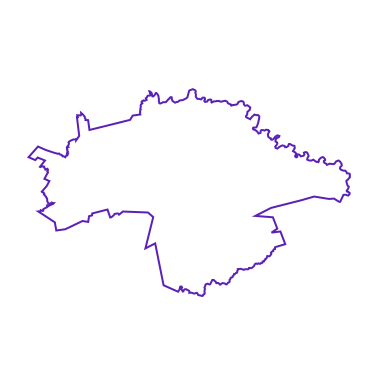 outline of Concordia, Sinaloa, Mexico, rotated 84°
{"feature_id": "50627088B76854514222016", "entity_name": "Concordia", "entity_type": "district", "adm_level": 2, "iso_a3": "MEX", "parent_name": "Mexico", "parent_adm1": "Sinaloa", "projection": "natural_earth1", "projection_center": [-106.025, 23.421], "detail": "fine", "context": "isolated", "style": "outline", "palette": "violet", "viewbox_px": 384, "rotation_deg": 84, "n_neighbors": 0, "source": "geoboundaries", "source_scale": "gbopen_adm2", "svg_char_len": 6017}
<svg xmlns="http://www.w3.org/2000/svg" viewBox="0 0 384 384"><g transform="rotate(84 192 192)"><path d="M260.6,119.8L259.6,118.7L259.3,117.4L258.5,117.4L257.5,116.4L257.2,116.0L257.3,115.4L256.0,115.3L255.5,114.9L253.6,104.7L240.5,108.2L240.7,117.2L237.4,111.0L225.6,114.2L222.4,131.5L216.1,115.1L211.6,84.0L209.3,71.0L213.2,56.6L213.4,51.5L217.2,46.6L217.2,45.6L210.7,41.7L210.7,39.7L211.9,37.1L210.6,35.5L209.3,35.4L208.9,36.1L208.2,36.4L208.0,37.5L207.4,38.0L206.8,38.0L205.0,36.3L203.0,35.5L202.2,36.4L201.2,36.8L197.7,37.4L196.9,37.2L196.0,35.7L193.6,33.3L192.5,33.5L191.4,33.1L190.6,33.2L190.1,33.7L189.6,36.0L188.0,36.4L186.8,37.4L186.5,39.5L185.2,41.8L184.1,42.4L182.6,41.9L181.7,40.6L181.0,40.2L179.2,40.5L177.3,41.5L176.0,42.9L176.6,45.4L178.8,47.4L179.0,49.0L178.2,52.2L179.1,55.0L177.7,55.8L176.8,57.3L176.0,57.8L174.8,57.5L174.3,56.3L173.4,56.2L171.6,57.3L170.9,58.2L171.4,60.1L172.6,61.8L173.7,62.7L174.9,62.7L175.5,63.3L175.2,63.8L175.1,65.0L174.7,65.6L172.5,68.0L173.2,69.8L173.0,72.0L171.8,74.1L169.9,73.5L168.6,72.3L167.7,72.4L164.9,73.3L164.1,74.8L164.6,76.6L166.6,76.3L167.6,77.3L167.9,80.1L166.2,81.2L165.8,82.3L166.5,83.6L168.1,83.7L168.4,84.3L168.2,85.0L167.8,85.5L166.9,85.7L164.9,84.1L164.3,84.8L163.6,85.0L161.9,87.3L159.1,85.2L156.8,85.3L156.2,87.3L154.4,89.7L154.5,90.7L156.2,91.4L157.3,93.3L157.2,94.7L155.9,95.1L155.1,97.3L156.1,100.0L157.7,102.5L157.0,104.2L155.5,104.5L154.3,103.1L152.7,102.1L151.6,102.2L150.6,103.7L149.9,103.7L147.6,102.7L146.4,99.8L145.5,99.2L144.9,100.1L144.7,101.4L145.6,103.3L147.7,105.3L148.3,106.3L148.3,107.7L147.8,108.1L146.9,108.0L146.3,109.2L145.0,110.4L142.4,110.5L139.7,108.7L139.3,108.8L139.2,109.4L138.3,109.7L137.8,111.9L138.5,113.3L137.8,115.1L137.7,116.4L138.2,117.2L140.4,117.7L140.8,119.7L138.7,120.8L137.1,122.5L136.2,124.5L135.1,124.8L134.4,124.4L134.5,121.5L133.8,120.7L130.0,118.9L124.7,117.2L123.8,117.2L122.5,118.1L122.3,120.1L121.5,121.8L123.9,125.0L125.7,126.5L123.3,130.3L122.2,130.4L120.8,129.1L117.9,128.4L116.5,126.1L114.0,125.2L111.5,127.8L111.8,129.6L111.5,130.5L110.2,131.2L108.3,131.2L107.4,131.7L106.7,133.3L106.8,134.4L107.4,136.4L109.2,137.6L109.7,138.5L109.8,141.7L110.2,143.8L110.0,144.1L109.3,143.8L107.6,146.9L105.9,147.5L104.7,149.4L105.2,153.6L104.9,154.8L104.2,155.7L104.3,156.8L104.0,157.7L104.3,158.7L104.2,160.9L105.1,163.0L104.8,163.3L102.4,163.2L101.9,164.0L102.1,166.2L103.6,167.4L103.8,169.5L102.7,170.3L101.2,169.4L100.0,169.4L99.5,169.8L99.3,171.5L100.9,173.3L100.1,175.3L99.9,177.0L97.6,178.3L95.5,177.9L93.7,178.3L92.4,177.7L91.9,177.8L91.1,178.3L89.8,180.5L90.7,183.7L91.1,184.3L97.4,186.7L98.4,188.2L99.6,191.6L99.7,194.9L100.6,196.1L100.9,196.9L100.8,197.7L101.4,199.5L99.5,201.8L97.3,202.4L95.7,202.3L95.4,203.1L96.0,204.3L96.9,204.9L97.2,205.6L99.9,208.6L99.7,211.5L100.6,213.6L100.6,214.7L100.3,215.2L97.7,215.5L96.7,215.2L92.7,215.4L90.5,216.5L89.8,217.2L89.8,217.7L91.7,219.0L92.8,220.4L92.8,221.3L89.1,221.9L87.8,223.1L87.5,223.8L91.6,223.0L91.7,226.1L93.7,227.4L93.9,228.1L95.6,227.5L96.3,229.6L95.8,230.4L96.3,231.2L96.2,231.9L96.8,232.1L97.3,232.8L98.6,232.1L99.7,233.7L100.4,234.0L102.6,234.1L104.0,234.8L104.7,234.4L106.0,235.2L107.4,235.2L108.0,235.5L109.5,235.3L109.8,243.0L113.8,246.0L119.6,287.5L109.7,287.8L109.3,290.4L108.3,290.2L107.1,290.8L106.0,290.8L103.5,292.4L101.8,294.0L103.3,294.0L104.2,294.7L103.7,298.1L105.6,297.7L105.5,298.6L124.4,298.3L128.5,301.8L127.2,301.7L127.5,302.9L127.4,304.8L128.3,307.4L129.3,309.3L129.8,309.6L131.0,309.3L132.1,309.7L133.5,311.0L134.4,310.3L134.6,311.0L134.3,311.5L134.7,311.8L135.5,311.6L136.2,311.9L137.0,311.4L138.0,311.8L139.2,311.1L139.5,311.7L140.2,311.6L140.4,312.3L141.0,312.3L141.3,311.5L142.6,312.2L142.6,312.5L142.1,312.8L144.2,314.4L142.9,316.1L143.0,317.0L141.5,317.8L141.0,319.2L139.9,320.1L139.8,320.9L140.0,321.4L138.6,325.0L134.9,333.1L130.7,340.4L140.3,350.9L143.9,344.5L141.6,341.9L145.3,334.9L151.1,340.6L151.4,340.2L151.3,339.7L150.7,339.3L150.6,338.6L151.2,336.7L151.6,337.1L153.1,335.8L154.4,335.5L153.8,333.4L154.5,333.0L155.0,333.6L155.8,333.1L156.6,333.8L157.7,333.2L158.4,333.9L163.5,337.4L166.2,332.7L170.8,335.8L176.0,341.4L176.5,341.1L177.1,339.6L178.1,339.5L178.3,339.0L179.1,339.0L179.3,339.3L181.4,337.6L182.2,337.6L183.3,336.8L186.1,336.9L188.5,336.0L188.6,334.8L189.0,334.2L188.7,334.0L187.8,332.6L188.1,331.8L188.5,331.3L188.6,330.6L189.4,331.5L190.2,334.5L191.1,336.4L190.3,336.8L190.1,337.4L192.0,337.9L193.4,341.5L194.0,341.9L195.0,341.9L195.2,342.7L194.3,344.4L195.8,345.0L195.3,345.8L195.3,346.9L207.8,331.6L216.1,331.0L215.8,322.0L209.4,303.9L210.9,298.4L205.3,296.9L204.8,293.8L202.9,293.5L200.6,277.9L208.8,276.0L208.7,275.1L208.3,274.2L206.9,272.2L205.7,271.3L205.5,268.6L205.9,267.4L206.9,266.9L204.2,262.7L207.8,237.9L212.9,233.2L243.2,244.2L239.3,234.0L281.8,230.0L289.7,216.3L287.7,214.6L285.1,213.7L284.8,213.3L284.9,212.4L285.8,211.8L286.5,212.3L287.7,212.6L290.0,211.6L290.0,211.0L288.8,210.5L288.0,209.3L288.0,208.2L290.0,205.2L290.8,204.9L292.0,205.2L292.1,202.8L292.8,201.7L293.3,200.0L292.7,198.0L293.1,197.4L295.1,196.6L296.5,192.5L296.1,191.9L295.2,191.5L294.9,190.4L293.9,189.9L291.9,190.0L290.0,189.3L288.2,189.6L287.0,188.6L285.7,188.4L285.2,187.8L284.8,186.1L285.7,184.5L285.7,183.6L281.6,181.0L281.8,179.5L282.9,178.8L283.6,177.8L285.0,177.5L285.3,177.0L285.1,176.0L285.3,175.2L287.1,173.8L287.0,173.2L286.3,172.6L285.8,171.0L286.3,169.2L287.5,167.6L287.5,167.2L286.0,165.7L285.8,164.8L285.1,163.9L283.4,163.9L282.6,163.0L281.4,162.5L281.0,160.7L280.0,160.4L279.4,159.4L277.9,158.7L278.1,158.0L277.1,156.7L276.9,155.6L275.0,155.1L274.6,154.6L273.5,154.6L273.5,151.6L274.8,148.6L274.5,148.3L274.4,146.8L274.7,144.5L274.5,143.7L273.6,143.4L273.5,142.4L273.9,141.0L273.3,139.6L271.9,137.9L270.7,137.3L270.0,136.5L269.9,135.6L270.4,134.7L269.9,133.4L270.6,132.0L270.0,131.3L270.1,130.2L269.5,129.2L268.6,129.1L268.5,127.7L268.0,127.8L267.0,126.2L266.4,126.2L265.9,125.0L263.5,123.8L264.1,122.1L263.7,121.2L262.0,119.6L260.6,119.8Z" fill="none" stroke="#5b21b6" stroke-width="2"/></g></svg>